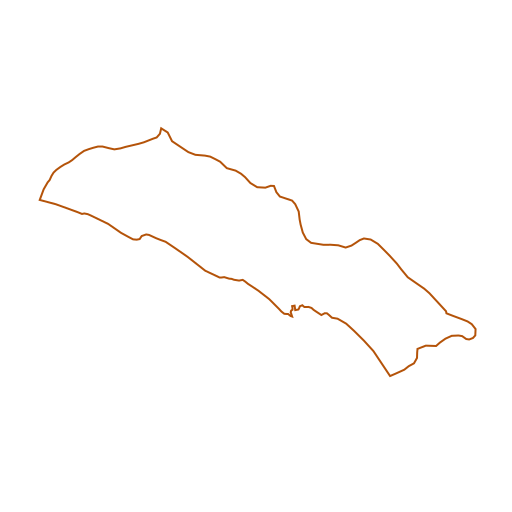 outline of Bintulu, Sarawak, Malaysia, rotated 259°
{"feature_id": "92858781B86013998002036", "entity_name": "Bintulu", "entity_type": "district", "adm_level": 2, "iso_a3": "MYS", "parent_name": "Malaysia", "parent_adm1": "Sarawak", "projection": "natural_earth1", "projection_center": [113.204, 3.314], "detail": "fine", "context": "isolated", "style": "outline", "palette": "amber", "viewbox_px": 512, "rotation_deg": 259, "n_neighbors": 0, "source": "geoboundaries", "source_scale": "gbopen_adm2", "svg_char_len": 2237}
<svg xmlns="http://www.w3.org/2000/svg" viewBox="0 0 512 512"><g transform="rotate(259 256 256)"><path d="M165.5,432.0L186.4,419.1L191.7,415.0L199.6,407.3L206.2,400.9L215.4,395.9L221.5,392.9L230.7,387.3L237.8,382.6L244.7,377.9L250.3,371.7L252.6,365.3L251.8,360.9L249.8,356.2L248.0,351.7L247.2,345.6L250.8,338.8L252.8,331.4L254.1,324.4L258.4,312.6L263.0,308.5L270.1,306.4L278.3,305.8L283.4,305.8L291.5,306.4L299.4,304.4L303.5,302.0L309.8,290.8L314.7,288.2L321.3,287.0L322.1,283.8L321.3,278.2L323.3,270.3L328.7,264.4L335.5,260.3L339.6,257.0L343.7,252.3L347.8,244.1L355.4,238.8L358.7,234.7L362.3,230.0L364.3,225.0L366.9,215.8L370.9,209.4L384.7,195.5L394.1,192.9L399.4,187.3L394.3,185.0L391.3,181.1L390.8,177.3L389.0,167.6L388.5,162.0L388.0,148.8L387.5,143.5L387.7,137.3L390.0,132.0L392.8,126.1L393.6,121.7L393.3,117.0L392.8,112.3L392.0,107.3L389.8,102.3L387.5,97.9L385.2,93.8L383.6,90.0L382.4,85.3L380.8,81.1L378.6,76.4L376.5,73.2L373.7,70.6L369.9,67.9L368.1,65.6L362.0,60.3L352.3,54.4L345.0,69.4L333.0,89.4L330.5,93.2L330.5,95.6L329.2,98.8L327.4,101.4L315.7,117.0L304.5,127.9L299.1,134.4L295.8,138.5L294.8,142.0L294.8,145.0L297.4,147.6L298.1,152.3L297.1,155.0L292.5,161.4L289.7,165.8L287.2,170.0L279.0,178.2L268.3,188.6L251.2,203.4L241.8,216.2L241.5,217.7L241.3,220.8L238.9,225.3L238.2,227.7L236.9,229.8L235.1,234.7L235.1,238.4L233.0,240.5L230.2,242.8L227.5,245.6L221.4,251.8L218.5,254.3L211.2,260.7L199.8,268.4L196.7,270.3L193.9,272.7L193.4,274.4L192.9,276.5L190.5,278.5L189.7,279.9L191.4,279.7L193.1,279.5L194.1,279.3L195.7,280.1L196.3,281.6L197.1,281.7L197.8,281.9L199.9,281.9L199.9,284.4L195.4,284.2L195.4,287.4L196.3,288.2L198.3,289.5L198.8,292.1L197.3,293.2L196.7,293.8L196.2,296.2L196.0,297.8L194.4,300.6L192.1,302.3L189.7,304.7L185.6,308.9L186.7,312.6L186.2,314.7L184.4,316.2L180.9,318.8L178.9,324.1L172.4,331.6L163.9,337.9L152.3,345.8L140.3,353.1L112.6,364.7L113.7,369.8L114.9,374.9L116.1,379.9L118.7,384.9L120.5,390.6L125.2,394.6L130.5,395.8L134.0,396.8L135.6,405.6L133.3,415.6L135.9,420.0L138.7,426.2L140.3,432.9L139.3,439.7L138.0,443.1L134.4,446.5L133.4,449.3L134.1,453.3L136.2,456.1L142.4,457.6L147.9,454.8L151.4,451.2L154.8,445.9L159.8,437.7L163.4,432.0L165.5,432.0Z" fill="none" stroke="#b45309" stroke-width="2"/></g></svg>